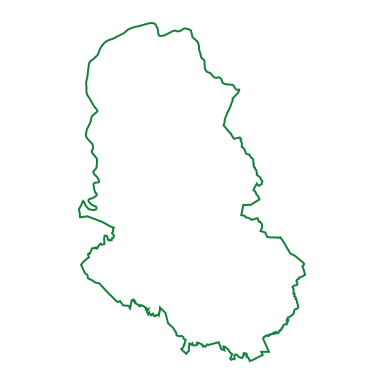 the district of Coahuayutla de José María Izazaga, Guerrero, Mexico
{"feature_id": "50627088B68118257032926", "entity_name": "Coahuayutla de José María Izazaga", "entity_type": "district", "adm_level": 2, "iso_a3": "MEX", "parent_name": "Mexico", "parent_adm1": "Guerrero", "projection": "equal_earth", "projection_center": [-101.625, 18.294], "detail": "fine", "context": "isolated", "style": "outline", "palette": "green", "viewbox_px": 384, "rotation_deg": 0, "n_neighbors": 0, "source": "geoboundaries", "source_scale": "gbopen_adm2", "svg_char_len": 5955}
<svg xmlns="http://www.w3.org/2000/svg" viewBox="0 0 384 384"><path d="M239.2,89.6L237.2,89.8L236.2,89.4L235.4,88.8L233.6,85.7L232.6,84.8L225.8,84.3L223.6,83.4L222.4,82.4L221.2,78.8L219.8,77.6L218.6,77.3L215.8,77.9L214.4,77.5L213.0,76.3L210.7,73.4L206.7,71.6L205.3,69.4L204.8,67.8L204.4,60.6L203.7,59.6L201.7,58.2L201.0,56.8L200.6,54.4L199.1,49.7L198.9,46.1L198.2,43.1L197.3,41.4L192.5,37.2L191.0,30.7L190.6,30.1L188.8,29.4L184.8,28.3L184.0,28.5L180.7,30.7L178.4,31.4L177.0,31.3L175.6,30.7L173.7,30.7L164.6,35.3L160.3,36.1L159.4,35.7L158.5,34.6L157.7,28.9L155.4,24.2L153.9,23.3L150.9,23.0L147.8,23.6L137.6,26.5L136.1,26.6L132.4,27.7L128.1,29.5L123.8,33.2L112.5,38.9L108.9,40.0L106.3,41.4L104.0,43.2L101.9,45.9L99.9,49.1L97.9,54.6L94.2,58.4L90.7,61.0L89.9,61.9L89.0,63.5L87.2,77.8L86.5,80.6L86.1,83.2L86.5,87.2L86.4,91.5L87.1,94.8L89.3,97.9L93.6,105.5L97.4,110.6L97.4,111.3L96.9,111.9L92.1,115.9L91.6,117.1L90.3,122.7L86.9,129.3L85.9,134.1L86.1,136.3L86.7,137.5L87.7,139.0L92.4,144.1L92.9,145.9L93.1,147.9L92.9,148.9L91.7,151.1L92.0,152.6L96.8,158.5L97.0,159.2L97.0,161.7L96.6,167.1L95.9,168.7L93.6,171.1L93.2,172.0L94.3,174.5L97.1,176.9L99.2,180.9L99.1,181.6L98.6,182.3L94.6,182.8L93.8,183.5L93.5,184.4L93.9,187.7L94.7,191.2L95.1,192.2L96.5,193.7L96.7,195.0L95.6,196.4L92.0,198.4L90.3,198.7L89.1,199.3L88.6,199.8L88.4,200.6L88.8,201.7L91.1,204.4L96.2,206.8L96.5,208.2L96.0,209.4L93.8,210.2L90.8,209.7L88.4,208.8L85.3,205.1L84.1,202.0L83.1,201.0L82.3,202.1L81.6,204.6L79.3,208.5L78.9,209.7L79.7,212.8L79.9,216.5L80.1,216.5L80.3,217.3L87.4,216.3L102.7,222.1L109.8,226.2L113.7,227.7L112.9,228.6L113.3,230.1L112.9,231.0L112.9,232.0L112.0,233.0L113.9,235.6L113.9,236.0L113.6,237.2L113.0,237.9L112.0,238.2L111.6,240.3L110.1,240.4L109.8,240.0L109.6,240.4L107.9,239.7L107.2,236.4L106.5,235.8L104.6,235.7L104.1,238.9L104.4,241.6L104.3,244.2L101.7,244.7L100.8,243.7L100.4,243.6L98.1,246.4L97.7,247.8L96.9,248.6L95.4,248.3L95.5,247.5L93.2,248.4L92.0,248.3L89.7,253.8L88.7,253.6L87.9,254.3L88.9,257.4L86.5,259.1L82.8,262.4L81.1,264.9L85.0,273.2L87.4,275.1L88.0,278.3L92.5,280.5L95.1,282.5L99.3,283.4L107.4,292.1L116.7,301.4L118.0,302.1L120.0,301.0L123.2,305.4L128.5,305.8L130.1,308.3L131.9,299.4L132.0,300.0L132.4,300.2L133.4,299.6L133.7,300.6L134.4,300.4L135.4,301.7L134.3,302.2L134.6,302.6L136.8,304.2L138.7,304.8L139.0,306.0L140.0,305.5L140.1,306.1L140.5,306.2L141.6,305.3L142.1,305.4L144.6,306.8L145.1,307.6L145.9,307.7L145.8,309.5L148.5,308.7L147.9,310.0L147.0,310.7L146.8,311.6L147.2,312.5L147.8,313.0L148.2,314.2L149.2,312.4L149.7,314.2L151.0,314.8L151.1,315.3L151.4,315.2L151.7,314.4L152.1,314.5L152.9,313.7L154.2,316.2L154.8,316.1L154.8,316.7L155.1,316.0L155.6,316.0L155.7,315.5L156.3,315.4L156.5,315.0L158.1,314.7L158.8,315.5L159.3,313.4L159.0,313.2L159.0,312.8L159.8,311.2L160.0,307.6L165.4,312.8L168.1,323.4L172.8,327.5L175.8,332.2L176.1,332.4L176.6,335.4L179.5,336.3L181.6,335.9L183.4,337.2L183.7,338.8L185.6,339.9L184.6,342.9L184.8,343.9L184.2,344.3L183.1,347.7L181.2,349.1L186.2,353.8L188.7,350.8L189.4,343.5L190.0,343.4L190.8,344.4L191.5,344.7L192.4,343.5L192.7,344.7L193.2,345.4L195.4,345.4L197.3,344.7L197.4,344.3L196.9,342.7L197.1,342.5L197.7,343.1L198.9,343.0L201.0,344.1L201.9,344.2L202.5,345.0L202.8,346.5L203.2,346.5L203.9,345.8L205.3,346.7L207.4,344.3L208.6,344.9L218.6,342.3L221.4,349.3L224.4,350.3L223.4,346.5L224.8,346.6L228.5,349.8L230.2,352.7L232.0,354.0L231.2,356.8L230.2,358.5L231.4,359.8L233.0,358.9L234.5,359.2L234.4,355.1L235.8,354.4L236.9,354.9L239.4,357.4L242.2,358.0L242.7,356.4L243.7,355.3L244.3,355.1L244.3,354.5L243.5,353.6L244.0,353.1L245.8,353.4L246.8,354.2L247.0,355.3L246.5,356.4L246.5,356.8L247.6,357.0L248.2,357.4L248.9,359.1L249.4,359.5L249.7,361.0L251.9,360.4L262.7,354.9L261.3,351.8L268.9,351.8L263.1,338.7L263.8,337.1L264.5,337.1L265.8,335.5L267.2,335.9L267.5,335.5L267.8,336.1L268.9,335.9L269.5,334.5L270.5,334.8L270.9,334.1L272.4,334.0L272.5,333.5L273.7,332.8L274.1,333.8L274.8,333.7L275.3,332.9L274.9,332.8L274.9,332.2L275.6,331.9L276.5,333.0L276.9,332.5L278.3,333.1L279.0,331.2L279.4,330.9L279.8,331.1L280.4,329.7L281.2,329.8L281.7,328.6L281.7,327.9L282.6,327.7L283.2,325.4L285.3,324.2L286.7,324.4L286.9,323.8L286.0,323.8L287.2,322.9L288.4,320.3L287.9,320.2L287.6,320.7L286.8,320.8L286.8,320.5L286.7,319.7L287.6,318.7L287.9,317.6L288.1,317.3L289.0,317.3L293.0,314.4L293.5,313.8L294.0,312.1L294.0,311.2L294.6,309.8L295.2,309.3L297.5,308.5L298.2,307.2L298.3,306.4L297.7,305.3L297.8,304.1L296.8,302.3L297.0,301.0L296.1,299.3L296.1,298.6L295.6,298.7L295.5,297.2L294.8,296.7L294.7,296.1L294.3,296.1L294.6,294.9L294.4,294.6L294.5,293.7L293.8,293.7L293.9,293.3L293.4,293.1L293.8,291.8L293.5,290.8L293.6,289.1L292.5,287.1L292.8,286.6L294.0,285.9L294.5,285.3L296.2,285.3L297.2,284.6L297.4,282.9L296.5,281.8L296.5,280.9L297.0,279.8L298.6,279.2L298.6,278.5L299.1,277.5L300.7,277.2L305.1,274.8L303.7,269.6L302.4,266.2L303.8,264.9L304.1,263.8L303.7,263.1L295.3,256.0L290.4,253.6L283.1,241.2L280.2,237.2L278.1,237.9L277.6,237.5L270.0,237.4L267.4,237.0L267.0,236.4L265.1,232.4L260.6,231.1L262.1,227.6L262.1,224.5L260.0,221.6L258.9,221.8L257.5,218.2L251.5,219.9L250.6,219.0L247.6,217.6L245.6,217.4L244.7,215.8L241.3,215.2L243.2,205.1L248.5,204.8L250.2,205.1L259.4,199.5L258.2,196.3L256.2,194.0L255.9,192.8L254.9,191.0L253.9,190.6L253.4,189.8L256.8,183.6L257.7,184.8L259.1,185.9L260.5,184.7L261.7,184.1L262.3,181.0L261.0,179.6L260.6,178.3L259.1,176.5L256.8,175.0L257.0,173.5L256.6,172.8L256.5,170.2L255.1,169.0L254.9,167.6L254.2,167.3L253.9,166.1L253.4,165.3L253.9,163.5L253.3,162.0L253.1,159.4L252.2,158.2L251.1,157.6L250.8,156.8L250.0,156.2L249.6,154.9L248.1,154.2L246.5,154.1L246.1,153.7L244.7,150.0L243.1,147.6L241.9,147.1L241.7,145.4L242.0,143.6L240.4,139.7L241.2,139.1L239.8,137.5L234.0,138.8L230.9,134.0L231.1,133.7L230.0,133.0L223.5,125.2L224.4,123.1L224.8,119.3L227.3,112.9L230.2,107.0L231.7,102.5L232.4,101.4L232.7,100.0L232.5,98.6L237.7,93.2L239.2,90.7L239.2,89.6Z" fill="none" stroke="#15803d" stroke-width="2"/></svg>